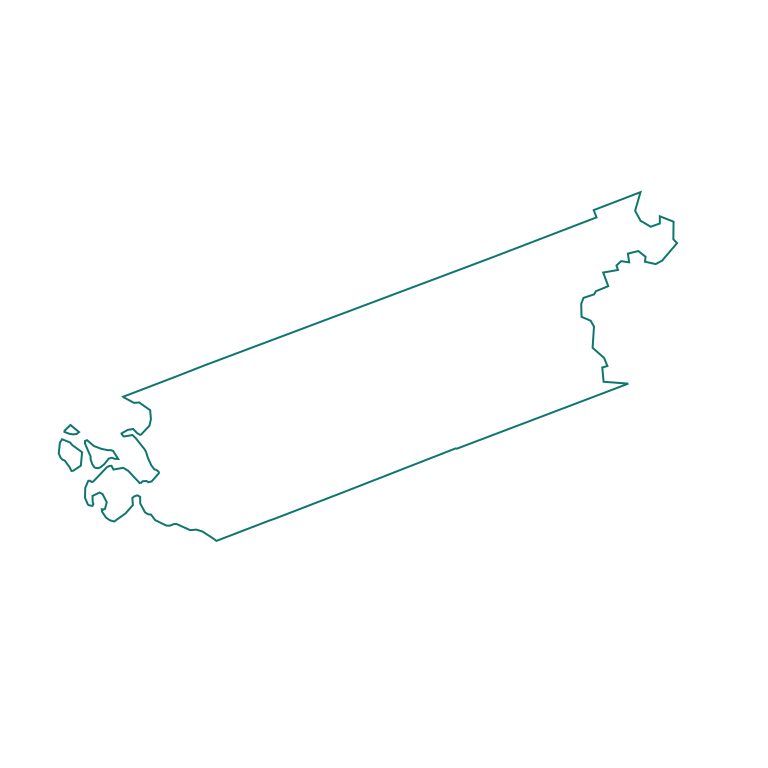 outline of Skagit, Washington, United States of America, rotated 339°
{"feature_id": "52423323B93114504552564", "entity_name": "Skagit", "entity_type": "district", "adm_level": 2, "iso_a3": "USA", "parent_name": "United States of America", "parent_adm1": "Washington", "projection": "mercator", "projection_center": [-122.193, 48.477], "detail": "fine", "context": "isolated", "style": "outline", "palette": "teal", "viewbox_px": 768, "rotation_deg": 339, "n_neighbors": 0, "source": "geoboundaries", "source_scale": "gbopen_adm2", "svg_char_len": 2182}
<svg xmlns="http://www.w3.org/2000/svg" viewBox="0 0 768 768"><g transform="rotate(339 384 384)"><path d="M708.1,357.5L706.0,352.6L712.5,336.2L701.6,326.3L699.0,333.0L689.4,332.8L682.0,323.5L680.5,312.3L692.2,296.8L642.1,296.8L642.1,304.6L528.9,304.6L225.1,302.3L223.3,302.3L188.9,302.5L135.9,302.4L136.5,303.5L143.8,312.0L148.8,313.5L156.3,324.7L153.8,333.3L150.1,338.9L139.2,344.1L138.0,344.0L136.0,341.5L133.7,336.1L128.4,335.0L121.2,336.1L121.2,336.9L122.1,339.6L124.2,340.2L130.9,341.5L132.8,345.6L137.1,359.2L137.5,362.2L137.1,368.2L137.6,376.5L139.1,381.6L140.7,382.6L142.1,384.9L142.1,386.2L141.4,386.9L132.1,391.7L128.7,391.2L127.5,389.4L123.7,388.3L121.8,389.2L120.4,388.9L114.1,373.4L110.5,368.8L100.8,366.9L100.3,362.7L98.1,362.1L95.5,362.4L77.5,370.9L75.7,370.6L75.0,369.0L73.2,368.4L67.8,374.0L66.0,378.4L64.1,383.1L64.3,390.1L65.0,391.4L68.1,393.3L69.7,391.9L69.7,389.8L71.8,384.0L79.6,383.4L81.8,385.9L82.8,395.0L78.8,400.6L76.6,400.8L76.6,400.2L75.6,399.8L75.0,402.0L76.6,409.2L79.4,413.1L82.8,415.7L96.3,412.2L106.2,407.0L108.2,400.2L110.5,399.4L114.0,399.6L115.9,402.0L113.6,408.2L114.9,418.2L117.1,421.1L119.7,422.4L121.6,429.1L130.0,438.1L133.1,439.5L138.0,439.5L140.2,440.4L150.7,451.0L156.6,452.7L161.6,456.6L169.4,467.3L171.3,470.4L228.0,470.4L234.0,470.6L293.7,470.5L303.2,470.5L427.8,469.8L428.9,470.5L612.2,471.2L589.8,460.6L593.7,446.8L599.0,447.3L598.8,438.5L591.7,425.0L600.6,405.7L599.6,399.0L592.5,392.1L596.8,379.9L601.1,375.1L612.4,375.6L615.0,373.3L628.4,373.0L628.6,358.5L643.3,361.4L643.5,356.7L649.4,354.3L656.5,358.3L658.4,349.7L669.1,351.0L673.8,359.0L671.4,363.3L680.6,369.4L687.8,368.5L708.1,357.5ZM55.5,332.2L55.7,337.1L56.7,339.4L58.5,341.1L60.6,348.7L61.1,353.2L62.8,353.6L71.7,351.6L77.7,339.5L70.9,329.0L70.0,326.1L63.6,320.2L60.3,322.8L55.5,332.2ZM83.1,349.1L82.9,354.5L83.6,357.7L84.5,358.9L87.4,360.3L88.9,360.2L94.0,358.7L100.3,355.0L103.5,355.3L105.6,357.2L109.0,358.8L107.1,349.5L105.4,347.9L102.6,346.9L96.8,343.2L90.9,337.9L86.7,330.1L84.5,330.0L83.5,332.4L84.1,346.7L83.1,349.1ZM68.9,313.2L68.5,314.2L72.7,318.0L75.7,319.6L79.1,320.5L82.1,319.6L76.6,309.9L68.9,313.2Z" fill="none" stroke="#0f766e" stroke-width="2"/></g></svg>